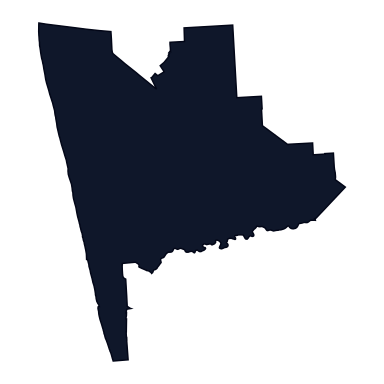 the district of Charles Sturt, South Australia, Australia
{"feature_id": "25037944B64238988080325", "entity_name": "Charles Sturt", "entity_type": "district", "adm_level": 2, "iso_a3": "AUS", "parent_name": "Australia", "parent_adm1": "South Australia", "projection": "mercator", "projection_center": [138.527, -34.901], "detail": "fine", "context": "isolated", "style": "filled", "palette": "ink", "viewbox_px": 384, "rotation_deg": 0, "n_neighbors": 0, "source": "geoboundaries", "source_scale": "gbopen_adm2", "svg_char_len": 5908}
<svg xmlns="http://www.w3.org/2000/svg" viewBox="0 0 384 384"><path d="M345.3,187.1L335.2,179.6L335.5,177.8L335.5,176.4L335.2,172.8L334.9,171.3L334.5,169.4L334.2,166.6L333.4,153.1L324.9,153.6L325.0,154.1L313.2,154.8L312.6,143.0L288.3,144.3L288.0,144.7L262.4,125.7L261.5,109.0L262.1,108.9L261.4,96.3L236.8,97.7L232.7,25.1L208.6,26.5L184.1,27.9L184.5,41.5L170.0,42.3L170.0,44.2L170.2,46.5L170.3,47.3L170.5,51.4L170.1,51.1L168.7,53.0L169.4,53.5L168.7,54.6L169.0,54.8L168.2,55.9L168.9,56.5L164.0,62.5L160.2,65.7L164.2,71.8L157.8,75.7L155.1,73.5L151.8,77.5L151.1,77.8L156.6,89.1L154.2,87.4L138.7,74.8L136.0,72.5L124.9,63.7L120.8,60.2L116.9,57.0L113.1,53.8L112.7,53.2L112.3,52.2L111.9,49.7L111.4,39.2L110.9,31.6L99.2,30.6L86.1,29.2L75.3,27.8L46.3,24.2L38.9,23.0L38.8,24.3L38.7,31.9L38.8,32.9L38.8,34.0L38.9,35.0L38.9,35.8L39.0,36.5L39.2,40.0L39.5,42.4L39.6,45.7L40.0,47.6L40.4,50.3L40.6,52.0L41.1,55.2L41.7,58.5L42.3,60.5L42.9,63.6L43.3,65.2L43.9,69.1L44.9,74.2L45.7,79.4L46.6,83.1L48.8,90.4L49.8,94.3L50.9,97.6L52.0,101.1L52.6,102.8L53.2,105.4L54.6,110.6L55.0,114.1L55.3,115.7L55.7,117.1L55.9,119.0L56.7,123.4L57.1,126.9L59.2,136.0L59.9,138.1L60.3,139.8L61.6,144.8L63.7,151.5L64.8,155.4L65.7,158.2L66.4,160.4L66.7,162.3L68.1,168.5L68.0,171.1L68.3,174.3L69.2,177.4L71.5,184.2L72.1,187.9L72.4,191.0L72.9,192.6L73.0,195.3L73.5,198.5L74.7,203.0L75.0,204.2L75.2,204.8L75.9,207.3L77.0,213.5L77.7,216.8L79.1,221.9L79.4,223.4L79.9,224.9L80.0,226.1L80.3,227.3L80.7,228.6L80.9,229.7L81.4,231.5L82.1,233.3L82.1,233.5L82.3,234.5L82.5,235.3L82.5,236.3L82.5,236.9L83.0,238.1L83.4,240.3L84.1,242.1L84.4,244.1L84.9,246.0L85.4,248.5L85.7,249.8L86.4,253.9L86.6,259.4L86.6,259.5L86.9,259.6L87.5,259.6L87.7,260.0L88.3,262.5L88.7,263.9L88.9,264.8L89.0,266.4L90.1,270.2L90.6,273.0L92.2,278.9L92.9,282.3L94.0,285.7L94.3,287.2L94.8,289.5L95.4,293.3L95.5,295.0L96.0,296.6L96.2,298.7L96.8,301.3L97.9,303.5L98.8,304.8L99.0,305.4L99.3,306.5L98.5,306.5L98.1,306.9L98.0,308.5L98.3,310.1L98.6,311.3L98.7,312.7L98.9,314.4L99.2,316.0L100.1,319.7L101.6,324.3L102.5,327.4L103.1,329.3L103.3,330.3L103.9,332.3L104.0,333.4L104.7,335.3L105.0,336.7L105.5,338.4L106.2,339.9L107.6,343.7L109.5,349.6L109.8,350.1L110.0,351.1L110.7,352.5L111.4,354.7L112.4,358.4L113.2,361.0L128.1,359.8L127.5,351.5L126.7,340.5L126.8,340.4L126.7,337.5L126.4,337.5L126.1,331.9L126.3,331.9L126.5,318.9L125.8,318.8L126.4,315.8L126.5,312.6L125.9,312.7L126.5,310.2L126.8,309.2L130.8,308.5L130.0,308.2L127.2,306.3L126.7,296.3L125.7,279.1L124.2,278.4L123.4,277.4L122.8,276.4L122.5,273.7L122.3,270.3L122.1,264.8L122.3,264.8L122.3,263.4L135.5,262.2L138.3,264.0L138.6,264.4L139.1,265.3L139.0,266.2L138.9,266.5L139.2,267.2L140.1,267.5L141.9,268.4L143.4,269.0L145.7,270.0L146.4,270.4L146.8,270.6L147.8,270.7L148.7,270.9L150.2,271.9L150.9,272.4L151.3,272.8L151.6,273.4L152.5,272.7L152.7,272.4L153.2,271.1L153.7,270.1L153.9,269.9L155.4,269.5L156.3,268.9L157.0,268.3L157.2,267.7L158.2,266.3L158.6,265.9L159.2,265.0L159.4,264.8L160.2,263.6L161.0,262.7L161.1,262.3L160.6,260.1L160.6,259.5L160.7,259.1L160.9,258.7L161.3,258.4L161.9,258.1L163.3,257.6L164.1,257.0L165.7,254.4L166.6,253.4L167.5,252.7L168.0,252.4L168.5,252.2L171.0,252.1L172.1,251.6L172.4,251.3L173.0,250.4L173.4,249.3L173.7,248.8L174.3,248.5L174.7,248.4L175.4,248.4L177.1,249.2L177.7,249.3L178.4,249.1L179.8,248.4L180.7,248.3L181.2,248.4L184.3,249.6L184.6,249.8L184.8,250.1L185.2,251.0L185.5,251.6L186.3,252.1L186.8,252.2L188.1,252.2L190.5,251.4L191.5,251.3L192.4,251.5L194.2,252.8L194.5,252.8L194.6,252.7L194.9,252.4L195.3,251.2L195.9,250.4L196.2,250.3L197.1,250.1L197.6,250.3L199.0,251.3L199.4,251.5L199.9,251.6L200.8,251.6L201.6,251.3L202.5,250.7L203.5,250.4L204.1,250.1L205.1,249.2L205.5,248.6L205.5,248.2L205.4,248.0L205.1,247.6L204.8,247.5L204.0,247.5L203.7,247.3L202.7,246.4L202.5,246.1L202.5,245.8L202.6,245.4L203.1,244.7L203.9,244.1L204.2,243.9L204.9,243.9L205.4,244.1L206.3,244.5L206.7,244.6L209.3,244.0L210.4,243.9L210.8,244.0L211.5,244.7L211.8,244.8L212.3,244.8L214.5,243.8L215.1,243.1L215.6,242.4L215.6,241.5L215.6,240.9L215.6,240.6L215.8,240.4L216.0,240.2L216.7,240.1L217.4,240.2L217.7,240.3L219.0,240.9L219.6,241.3L220.0,241.7L220.8,242.9L220.9,243.4L220.9,243.9L220.6,244.8L220.2,245.6L219.7,246.7L219.4,247.6L219.5,248.0L219.8,248.3L220.9,248.7L221.7,248.8L223.4,248.1L224.4,247.6L226.5,247.2L227.2,246.8L227.6,246.5L227.9,245.9L228.0,245.5L228.0,244.8L227.6,243.9L226.6,243.0L226.5,242.7L226.6,242.1L227.3,241.2L227.5,240.0L227.7,239.4L228.2,238.8L229.1,238.4L230.7,238.3L231.5,238.4L232.0,238.4L232.7,238.8L233.7,239.0L234.3,239.3L235.1,239.4L235.4,239.3L235.6,238.9L235.5,238.1L235.3,237.6L234.8,237.2L234.6,236.6L234.7,236.2L234.8,236.0L235.4,235.5L235.7,235.5L236.3,235.5L237.6,235.2L237.8,235.1L238.1,234.9L241.0,234.8L243.0,235.0L243.4,235.2L243.5,235.4L243.6,235.7L243.8,235.9L244.3,236.9L244.6,237.4L244.9,238.0L245.4,238.7L245.7,238.9L246.0,239.1L247.2,239.1L247.3,239.0L248.2,238.0L248.7,237.1L249.3,236.5L249.9,235.9L251.0,235.9L252.0,236.4L252.7,236.4L253.2,236.2L253.6,235.9L253.7,235.7L253.8,235.2L253.7,234.4L252.8,232.7L252.5,232.4L252.3,232.0L252.3,231.7L252.5,231.2L253.5,229.9L253.7,229.6L254.1,229.2L254.9,228.6L255.8,227.7L256.3,227.0L256.5,226.5L256.9,226.2L257.3,226.2L258.3,226.5L259.2,226.7L260.0,226.7L261.7,226.5L262.2,226.5L263.4,227.1L263.8,227.2L264.5,227.6L265.2,228.1L266.6,230.1L267.1,230.5L267.8,230.6L269.3,230.1L270.4,230.0L271.1,230.1L273.3,230.9L273.8,230.9L276.2,230.4L278.4,230.2L279.2,229.9L280.9,229.8L283.6,229.0L284.5,228.6L285.5,228.0L286.3,227.3L287.5,226.2L288.3,225.8L288.7,226.0L289.8,227.5L290.5,228.0L291.3,228.5L292.9,228.8L293.4,228.8L295.5,228.3L296.4,227.7L296.8,227.4L297.8,225.9L298.6,224.0L299.1,223.6L302.2,223.0L303.7,222.5L304.5,222.4L306.2,222.6L307.4,222.5L307.5,222.4L308.5,221.9L310.0,220.6L310.9,220.3L314.3,220.2L315.4,220.3L315.3,219.7L315.0,219.1L314.6,218.6L316.1,218.1L345.3,187.1Z" fill="#0f172a" stroke="#020617" stroke-width="1.5"/></svg>